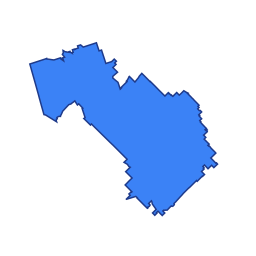 the district of Northam, Western Australia, Australia, rotated 72°
{"feature_id": "25037944B49536287471778", "entity_name": "Northam", "entity_type": "district", "adm_level": 2, "iso_a3": "AUS", "parent_name": "Australia", "parent_adm1": "Western Australia", "projection": "orthographic", "projection_center": [116.616, -31.699], "detail": "fine", "context": "isolated", "style": "filled", "palette": "blue", "viewbox_px": 256, "rotation_deg": 72, "n_neighbors": 0, "source": "geoboundaries", "source_scale": "gbopen_adm2", "svg_char_len": 4671}
<svg xmlns="http://www.w3.org/2000/svg" viewBox="0 0 256 256"><g transform="rotate(72 128 128)"><path d="M190.0,54.0L188.4,54.7L188.4,54.8L188.6,55.3L184.7,57.2L182.1,58.5L181.5,57.2L179.0,52.2L177.4,52.9L172.9,55.2L171.2,55.8L170.0,56.4L170.2,56.8L169.2,57.4L168.4,55.8L165.7,57.2L162.1,59.0L161.2,57.3L161.0,56.9L159.3,57.7L158.1,58.3L157.7,57.2L157.5,56.9L156.0,53.7L155.9,53.7L154.9,54.2L154.4,53.2L153.8,53.5L154.4,54.8L153.4,55.3L152.6,53.6L150.5,54.7L150.2,54.8L149.6,55.1L146.9,56.4L146.6,56.5L144.9,57.3L144.6,56.8L143.9,57.2L143.1,57.5L142.0,55.1L138.6,56.6L138.4,56.0L137.3,56.6L135.5,53.0L133.7,53.8L133.5,54.8L131.3,55.8L130.4,54.1L129.0,54.8L128.3,53.4L125.4,54.8L122.6,56.2L121.1,56.9L120.5,57.1L120.3,57.3L119.1,57.9L119.0,58.0L117.6,58.6L114.8,60.1L114.7,60.0L113.1,60.9L113.1,60.4L111.8,61.7L109.8,63.4L111.3,66.3L112.6,69.1L112.2,69.3L109.3,70.7L110.9,74.0L111.0,74.0L111.8,75.6L111.7,75.7L110.0,76.5L110.2,76.9L108.2,77.9L108.2,78.3L107.6,78.2L106.8,78.7L109.0,83.0L107.3,83.9L101.5,86.9L96.8,89.2L93.3,91.0L90.2,92.6L90.1,92.8L90.3,92.9L86.5,94.8L83.5,96.3L80.3,98.0L82.3,101.4L83.3,102.4L86.4,107.2L85.4,107.7L81.2,109.8L79.5,110.7L79.4,110.7L79.4,110.9L79.6,111.2L79.7,111.3L79.8,111.5L80.0,111.7L80.2,111.8L80.4,111.9L80.5,112.0L81.8,113.4L81.9,113.5L82.1,113.8L82.4,114.1L82.9,115.0L83.0,114.9L83.6,114.6L84.2,115.8L87.2,121.8L87.7,121.6L88.5,123.0L88.3,123.1L88.5,123.4L88.1,123.4L85.3,123.4L81.5,123.4L78.7,125.2L75.7,127.0L74.2,126.5L73.6,125.2L71.7,120.7L65.8,123.7L63.8,119.7L62.0,120.6L60.9,118.4L58.2,119.8L59.8,123.0L59.8,129.1L51.4,129.1L45.7,129.1L45.7,131.7L41.3,131.7L37.2,131.7L37.2,132.9L37.2,136.1L37.2,139.7L37.2,145.6L36.8,145.8L34.3,147.4L34.3,150.6L36.6,150.6L36.6,152.9L36.6,154.0L36.9,154.0L36.9,154.7L36.4,154.7L36.4,156.7L37.2,156.7L38.0,156.7L38.7,156.7L39.0,156.7L39.0,158.0L39.7,158.0L39.2,158.5L38.6,159.0L38.4,159.2L38.2,159.3L37.9,159.4L37.6,159.5L37.4,159.5L37.2,159.5L37.2,160.6L37.8,160.6L37.0,162.5L36.9,162.5L36.0,164.2L35.7,164.6L35.0,165.1L34.5,165.4L34.2,165.8L34.3,165.8L35.0,166.0L35.5,166.1L36.0,166.2L36.4,166.3L36.5,166.3L36.7,166.5L36.8,166.6L37.2,167.1L37.7,167.7L37.8,167.7L38.1,167.5L38.2,167.4L38.8,167.3L39.0,167.2L39.5,167.0L39.9,166.8L40.4,166.6L41.1,166.4L41.1,169.1L42.3,169.1L42.5,169.1L42.5,168.5L44.2,168.5L42.0,170.2L41.3,170.7L40.4,170.7L40.4,177.4L40.2,177.8L39.7,178.9L38.1,182.1L37.4,183.8L36.7,183.8L36.8,185.1L36.8,190.6L36.8,196.3L36.8,199.2L36.8,201.6L41.9,201.8L47.0,202.0L49.7,202.1L57.5,202.4L69.0,202.9L72.5,203.1L75.4,203.2L76.6,203.3L76.9,203.3L77.4,203.3L79.0,203.4L82.0,203.5L89.3,203.8L90.2,202.3L96.0,197.4L100.0,194.0L99.9,194.0L99.7,194.0L99.4,194.0L99.1,194.0L98.7,193.9L98.2,193.7L97.8,193.5L97.5,193.4L97.4,192.4L96.0,192.3L95.6,190.6L95.9,188.7L96.0,188.6L95.8,188.5L95.5,188.3L95.4,188.2L94.2,187.0L93.9,186.7L93.7,186.5L93.5,186.4L93.4,186.3L93.3,186.2L93.2,186.1L93.0,185.9L92.0,185.1L91.9,185.0L91.8,184.9L91.5,184.3L90.2,182.0L88.6,179.1L88.4,178.8L87.9,177.8L87.7,177.5L87.6,177.3L87.5,177.2L87.5,176.5L87.5,175.9L87.5,175.3L87.5,174.8L87.3,174.3L87.1,173.8L86.6,172.5L86.5,171.9L86.3,171.5L85.8,170.2L90.2,169.1L90.5,169.0L89.8,167.4L95.1,164.9L95.1,165.2L95.2,165.6L104.9,165.6L105.3,167.1L113.6,162.8L112.9,161.5L117.1,159.4L121.1,157.3L126.7,154.4L128.4,153.5L136.7,149.2L136.8,149.1L138.9,148.0L139.2,147.8L145.3,144.7L154.8,139.9L157.4,138.5L157.5,138.5L159.4,142.4L162.5,139.7L163.6,139.5L164.1,139.3L164.2,139.2L164.3,139.2L164.8,139.1L166.0,138.0L168.8,143.7L176.8,139.6L179.0,144.0L179.9,145.6L181.3,148.3L186.1,145.9L189.9,144.0L190.2,144.7L190.1,145.0L189.9,145.1L190.7,146.8L191.0,147.5L191.7,147.2L192.5,146.8L192.7,146.7L193.3,148.0L195.1,151.5L195.3,151.4L195.5,141.7L197.3,140.7L197.5,141.0L203.2,138.1L207.2,136.1L210.2,134.5L210.4,134.4L210.4,134.1L210.2,133.8L210.0,133.6L209.4,133.6L209.3,133.2L209.3,132.9L209.3,132.7L209.1,132.4L209.1,132.0L208.9,131.7L208.7,131.4L208.4,131.2L208.1,130.8L207.9,130.8L206.2,131.7L204.6,128.5L204.5,128.2L206.0,128.1L207.7,128.4L214.1,126.4L216.4,130.9L219.3,129.5L217.9,126.8L217.3,127.1L216.4,125.2L217.0,124.9L218.5,124.1L219.3,123.8L221.3,122.7L221.8,122.5L220.2,119.3L217.7,120.5L217.2,119.6L218.2,116.1L216.8,113.5L215.5,111.0L216.0,110.5L216.0,110.4L216.3,110.1L216.5,110.0L216.4,110.0L216.4,109.8L215.3,107.7L215.2,107.6L214.5,107.6L214.0,107.6L212.8,105.1L212.7,105.0L209.5,99.4L208.6,97.7L207.2,95.4L204.2,89.5L203.5,88.0L203.6,87.9L199.2,79.2L199.3,79.2L200.1,78.7L198.4,75.4L196.8,72.3L197.1,72.1L195.9,69.6L195.3,69.9L192.1,71.5L190.5,68.3L189.5,68.8L189.1,68.0L187.7,68.6L186.8,66.7L191.5,64.5L189.3,60.0L192.2,58.6L190.0,54.0Z" fill="#3b82f6" stroke="#1e3a8a" stroke-width="1.5"/></g></svg>